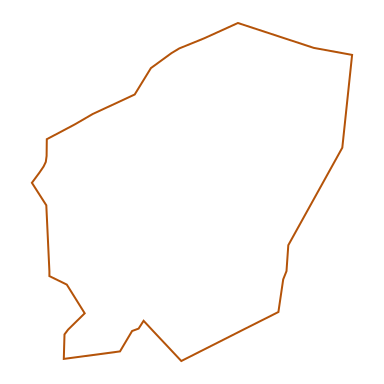 the district of Marcelino Vieira, Rio Grande do Norte, Brazil
{"feature_id": "56859067B45059520856081", "entity_name": "Marcelino Vieira", "entity_type": "district", "adm_level": 2, "iso_a3": "BRA", "parent_name": "Brazil", "parent_adm1": "Rio Grande do Norte", "projection": "orthographic", "projection_center": [-38.185, -6.281], "detail": "fine", "context": "isolated", "style": "outline", "palette": "amber", "viewbox_px": 384, "rotation_deg": 0, "n_neighbors": 0, "source": "geoboundaries", "source_scale": "gbopen_adm2", "svg_char_len": 547}
<svg xmlns="http://www.w3.org/2000/svg" viewBox="0 0 384 384"><path d="M286.5,271.1L288.3,245.2L342.3,147.7L352.1,54.9L313.8,47.9L237.9,23.0L204.2,38.3L179.3,48.4L171.5,53.1L150.9,68.1L134.7,94.5L92.7,114.0L74.8,124.4L46.8,139.2L46.6,156.0L45.8,161.9L43.6,166.5L39.3,172.8L31.9,182.8L46.3,205.3L49.4,271.3L49.4,276.1L66.8,284.6L84.7,313.3L68.1,329.6L64.5,334.4L63.8,358.9L120.0,351.4L132.1,331.0L138.6,328.6L143.6,320.8L153.1,331.0L181.3,361.0L243.4,329.6L278.4,312.0L283.2,279.4L286.5,271.1Z" fill="none" stroke="#b45309" stroke-width="2"/></svg>